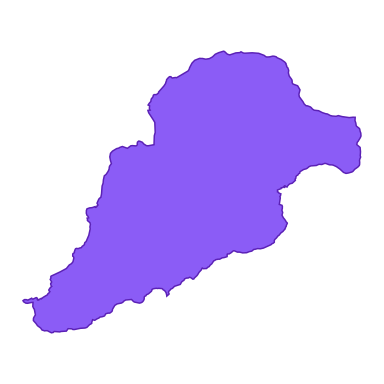 the district of Stramtura, Maramures, Romania
{"feature_id": "2599482B10134802893946", "entity_name": "Stramtura", "entity_type": "district", "adm_level": 2, "iso_a3": "ROU", "parent_name": "Romania", "parent_adm1": "Maramures", "projection": "equal_earth", "projection_center": [24.134, 47.755], "detail": "fine", "context": "isolated", "style": "filled", "palette": "violet", "viewbox_px": 384, "rotation_deg": 0, "n_neighbors": 0, "source": "geoboundaries", "source_scale": "gbopen_adm2", "svg_char_len": 5912}
<svg xmlns="http://www.w3.org/2000/svg" viewBox="0 0 384 384"><path d="M59.9,331.9L60.8,331.5L66.4,331.1L68.1,328.7L71.6,328.8L72.9,329.5L74.5,329.5L80.5,328.3L85.1,328.0L86.9,327.4L89.5,324.7L91.2,323.8L91.8,323.2L91.7,322.5L92.6,319.7L94.5,320.3L95.3,320.0L96.4,319.2L99.1,317.9L100.1,317.0L101.9,316.8L104.0,316.2L104.7,315.7L105.7,313.9L106.0,313.7L108.1,313.1L109.7,313.1L110.3,312.8L111.9,311.5L112.3,310.7L112.5,309.3L114.8,305.4L117.2,303.9L121.6,303.0L122.9,302.2L124.0,301.0L125.7,300.0L131.5,299.5L133.6,301.6L134.6,302.1L139.4,303.1L140.9,302.8L142.4,302.0L143.5,300.7L144.2,299.0L144.2,297.2L144.6,296.4L145.9,295.8L146.5,294.7L148.4,293.9L151.4,291.3L151.8,290.5L152.0,289.4L153.5,288.7L156.2,288.3L157.9,288.5L158.5,288.3L162.0,288.6L162.6,289.0L163.2,289.8L164.6,290.6L165.7,292.1L166.2,292.9L166.3,293.9L166.6,294.4L166.8,296.1L169.0,294.2L169.0,293.4L168.5,292.8L168.7,291.4L169.9,290.3L170.7,289.2L172.5,288.3L174.5,286.3L180.3,284.4L181.6,282.0L182.6,281.1L183.9,280.4L184.5,279.0L184.7,278.8L185.2,278.7L186.3,278.1L188.3,278.0L189.5,277.3L190.5,277.5L192.9,279.2L193.9,278.9L194.3,278.1L197.0,275.6L197.8,274.5L199.0,272.4L201.3,269.9L202.1,268.2L202.5,268.1L203.4,268.7L206.6,268.5L207.6,267.4L209.3,266.5L210.0,265.3L211.8,263.8L213.7,260.9L214.9,260.4L215.6,259.7L218.1,259.2L219.7,259.2L222.3,257.8L224.1,257.6L227.0,256.7L227.2,256.2L227.1,255.0L227.4,254.0L229.2,253.9L231.0,252.8L233.4,250.8L234.3,250.8L237.3,252.1L239.5,252.1L242.7,252.9L246.7,252.7L249.1,251.7L251.8,251.1L253.8,249.4L255.0,249.3L257.6,248.6L260.2,248.8L263.4,248.1L271.0,244.7L272.2,243.6L273.1,243.3L274.3,242.3L274.3,240.5L274.8,239.5L276.4,238.0L278.1,235.8L279.2,235.1L280.7,233.1L283.1,231.3L283.7,230.4L284.9,229.3L284.9,228.8L285.5,227.9L285.6,227.1L286.2,226.4L286.4,225.2L287.3,223.4L287.1,222.7L286.1,221.8L285.6,220.7L284.4,219.0L283.8,218.4L282.6,216.4L282.0,215.1L282.7,212.6L281.9,210.1L282.3,208.7L282.4,206.4L282.0,205.3L279.3,204.4L280.3,197.9L279.9,196.4L280.5,195.8L280.7,194.4L280.9,193.9L278.8,193.0L278.5,192.2L277.5,191.9L277.5,190.0L281.1,188.6L281.2,187.8L282.8,187.6L283.4,186.9L284.6,187.4L284.7,187.2L284.2,187.0L284.3,186.1L284.6,185.8L285.3,186.0L285.6,186.6L287.1,187.0L287.4,186.2L289.0,184.4L290.0,183.8L292.3,183.2L295.2,180.5L295.4,180.2L295.1,179.5L295.1,179.1L295.8,178.3L296.0,176.5L296.7,175.6L297.7,175.2L298.6,173.8L299.7,173.2L300.0,171.7L303.6,169.5L306.2,168.8L307.4,168.1L309.0,166.7L310.8,165.9L316.3,165.5L318.9,164.3L321.8,164.5L324.7,163.4L325.9,163.5L329.4,164.8L332.1,164.9L333.3,165.2L336.4,166.6L339.8,169.0L343.5,172.4L346.0,173.4L348.4,173.0L351.9,172.0L352.9,171.4L354.8,169.2L357.8,167.1L359.3,165.5L359.6,164.5L359.7,162.2L359.5,160.5L359.9,158.7L360.5,157.6L360.6,156.9L360.2,155.7L360.4,153.6L360.5,151.6L360.1,147.4L356.8,144.6L357.1,142.8L357.5,141.9L358.0,141.5L360.3,137.7L361.0,136.0L360.9,134.6L360.8,133.1L360.1,131.2L359.7,129.0L359.2,128.3L356.5,126.2L356.2,125.6L355.8,123.0L355.0,120.6L355.2,117.3L353.2,117.2L349.2,117.6L342.1,116.6L338.3,115.6L336.1,116.3L332.2,116.0L330.2,115.5L327.5,114.0L325.6,113.7L322.3,112.6L318.6,110.7L314.2,110.2L312.5,109.1L311.2,107.6L310.3,106.9L307.7,105.9L306.0,105.7L304.2,104.0L302.9,101.6L299.3,96.7L298.9,94.2L300.0,89.9L297.8,86.0L297.5,85.7L293.1,84.1L292.3,83.0L292.1,82.3L292.2,81.1L291.8,79.6L289.2,76.0L288.4,72.9L288.7,70.4L287.8,67.8L286.7,66.7L286.6,65.5L285.8,63.9L286.0,63.5L284.7,62.0L281.2,59.5L277.1,57.7L276.2,56.8L274.5,56.3L272.9,56.1L269.4,56.9L266.9,57.0L266.0,56.8L264.0,55.3L258.7,53.3L252.2,52.8L244.8,53.2L243.3,53.0L241.0,51.8L239.8,52.6L235.8,52.9L229.8,54.9L227.4,54.2L224.5,51.5L223.5,51.2L218.6,52.7L215.3,54.2L212.5,56.9L209.4,58.6L205.7,59.2L202.7,58.5L199.5,58.4L194.7,60.3L192.0,63.1L189.6,67.7L189.1,69.4L188.0,71.0L176.6,77.7L175.3,77.5L172.4,78.0L171.6,77.6L170.9,76.7L169.5,76.7L168.4,77.6L166.8,79.4L166.5,80.0L166.4,81.2L165.9,82.0L165.6,83.4L163.9,86.0L158.6,92.0L158.5,93.0L156.4,94.6L154.1,94.6L153.3,95.3L153.0,96.8L151.2,99.1L150.8,101.5L149.3,103.2L148.1,105.0L149.6,105.8L149.4,108.0L149.5,109.1L150.1,110.1L147.9,110.4L148.7,112.8L153.2,119.7L154.8,122.4L155.2,132.5L154.3,135.7L154.0,144.7L148.0,145.8L146.3,145.6L143.7,143.9L142.4,142.3L139.7,141.2L138.6,141.1L137.5,142.1L137.2,143.3L137.4,144.4L136.7,145.6L135.7,145.9L132.3,145.6L130.8,145.8L127.4,148.3L122.4,146.5L120.0,147.3L118.7,148.1L116.6,148.6L112.5,151.1L110.5,153.3L109.8,156.9L110.5,160.7L111.4,163.6L109.6,166.1L109.3,167.1L109.1,169.1L108.1,171.4L106.1,174.4L104.3,175.8L103.4,179.8L103.1,183.2L102.1,186.0L101.5,194.0L100.8,197.4L99.7,198.1L98.8,199.1L97.0,203.2L97.9,204.8L97.8,205.4L97.2,205.6L97.0,206.4L95.8,207.4L95.3,207.3L95.1,206.6L92.2,207.6L89.5,207.9L87.0,208.8L86.4,210.4L86.3,213.2L86.9,215.2L88.1,216.4L88.6,217.8L87.1,218.2L87.6,219.2L87.3,220.1L87.9,221.0L89.9,222.6L90.4,224.3L89.9,227.0L90.2,228.8L88.8,235.3L86.1,241.6L84.9,242.5L84.5,243.7L84.5,244.3L83.7,245.3L82.2,246.3L81.4,247.6L79.7,248.0L78.2,248.6L76.3,248.4L75.7,248.7L75.2,249.3L74.3,251.9L74.4,252.4L73.9,253.1L73.2,253.4L72.8,253.9L72.7,255.6L72.8,256.3L73.5,256.8L73.7,257.3L73.8,258.0L73.0,261.7L71.5,263.6L69.2,265.0L66.4,268.5L60.1,271.9L51.1,276.1L50.7,277.0L50.9,277.5L50.9,278.1L50.2,279.4L51.6,281.9L51.4,282.8L50.7,283.3L50.7,283.7L50.7,284.3L51.3,286.0L51.7,286.3L50.1,287.9L48.9,289.7L48.8,290.1L49.1,290.9L49.9,291.6L49.1,292.8L48.0,293.6L47.4,294.8L43.2,297.3L42.1,298.3L41.4,298.3L41.3,298.8L40.8,298.7L38.9,299.4L38.8,300.0L38.3,300.1L37.8,300.1L37.3,299.7L37.5,299.2L37.1,298.0L36.2,297.6L33.0,299.1L32.2,298.9L31.7,298.2L27.9,300.1L26.2,299.6L24.5,299.6L23.0,300.6L23.5,301.7L25.7,303.1L27.5,303.3L31.5,302.5L33.0,302.4L32.8,306.5L33.8,308.7L34.3,309.1L35.4,314.9L34.3,316.6L33.6,317.9L33.4,318.9L33.4,320.6L36.0,323.5L37.5,325.7L40.6,328.0L42.0,330.0L44.8,330.9L45.5,330.7L47.3,330.7L51.4,332.8L53.1,332.5L54.2,331.5L59.9,331.9Z" fill="#8b5cf6" stroke="#5b21b6" stroke-width="1.5"/></svg>